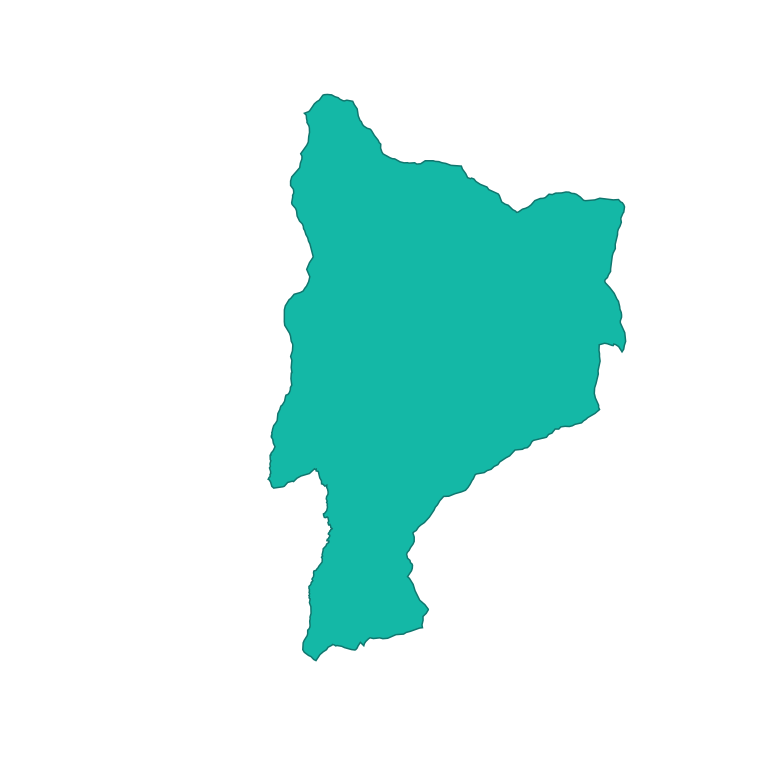 Grinties, Neamt, Romania (orthographic projection), rotated 29°
{"feature_id": "2599482B9403430528058", "entity_name": "Grinties", "entity_type": "district", "adm_level": 2, "iso_a3": "ROU", "parent_name": "Romania", "parent_adm1": "Neamt", "projection": "orthographic", "projection_center": [25.842, 47.011], "detail": "fine", "context": "isolated", "style": "filled", "palette": "teal", "viewbox_px": 768, "rotation_deg": 29, "n_neighbors": 0, "source": "geoboundaries", "source_scale": "gbopen_adm2", "svg_char_len": 6170}
<svg xmlns="http://www.w3.org/2000/svg" viewBox="0 0 768 768"><g transform="rotate(29 384 384)"><path d="M535.8,578.5L534.0,576.3L532.7,571.7L530.8,568.4L532.1,564.0L532.2,560.0L531.9,559.5L526.8,557.2L520.1,555.8L511.3,549.7L506.6,545.1L500.5,541.7L498.0,541.1L498.6,534.0L498.1,531.5L496.8,528.7L495.7,527.8L493.8,527.4L492.2,525.7L489.1,525.0L486.3,521.9L486.0,520.0L486.6,517.3L486.5,514.2L487.0,509.8L486.7,507.0L484.6,503.2L481.5,500.3L481.7,499.2L483.2,496.4L483.5,492.5L484.4,489.8L486.5,485.6L488.2,478.4L488.9,470.1L488.6,466.9L489.3,463.8L489.4,459.0L490.7,453.4L495.1,450.7L499.3,445.5L504.1,440.7L506.8,437.4L507.6,433.8L507.9,430.0L507.8,425.3L508.1,423.7L507.7,419.3L508.4,417.9L514.6,412.9L516.2,409.7L519.0,406.7L520.3,402.7L522.7,399.3L523.0,396.1L526.4,389.5L528.7,386.0L530.6,378.2L536.7,374.0L537.9,372.0L540.3,370.1L541.3,366.9L541.3,362.7L542.1,360.8L551.9,351.8L552.4,348.3L554.7,345.5L555.5,340.4L558.7,338.7L559.4,335.9L560.2,335.2L562.9,333.2L566.8,331.3L569.0,329.2L570.6,326.7L575.6,322.2L576.4,319.4L577.7,317.1L578.5,314.6L582.8,307.4L584.9,301.8L583.0,300.4L582.0,298.5L575.7,293.8L572.5,290.3L570.1,285.3L569.2,280.8L566.6,271.4L564.8,268.7L561.9,259.2L559.1,255.4L557.8,253.0L555.8,250.5L553.2,245.3L557.2,241.4L559.8,240.5L564.8,239.7L565.9,239.2L565.6,237.7L567.6,237.2L571.1,237.5L576.6,240.5L576.8,237.4L575.5,233.7L574.7,229.6L569.7,222.4L561.1,216.0L560.1,214.3L559.4,210.4L558.3,208.4L556.8,206.4L554.1,204.2L552.5,201.9L548.9,198.0L546.5,196.8L541.4,193.1L534.7,190.2L528.6,188.2L527.1,187.0L526.9,185.3L527.8,182.5L527.4,179.8L527.6,175.7L526.4,173.5L521.6,161.4L520.9,158.5L520.7,153.5L518.5,149.7L515.9,140.3L514.5,137.6L513.9,135.1L513.9,131.6L513.2,127.5L511.2,125.0L510.7,123.8L510.2,118.8L510.4,117.5L508.5,112.5L506.8,111.0L504.5,109.9L502.6,110.0L499.7,109.0L495.3,111.8L482.7,116.9L479.1,120.8L471.5,125.9L469.5,126.6L465.1,125.3L460.4,124.8L458.1,125.2L455.7,126.3L452.8,126.5L450.0,127.9L446.7,130.8L441.5,133.9L439.4,136.7L436.3,138.0L434.7,142.8L433.2,144.4L430.7,146.0L427.0,150.5L425.8,156.1L424.5,159.1L422.6,161.7L420.3,164.0L418.1,168.5L416.8,169.6L415.2,169.0L412.1,169.1L406.0,167.4L402.7,168.0L398.7,167.7L393.4,163.2L391.8,162.4L381.4,163.2L378.6,161.8L371.3,162.7L366.2,162.3L363.3,161.1L360.7,161.5L360.1,162.5L357.1,163.0L353.5,160.4L348.4,158.0L346.0,155.9L336.5,160.3L331.2,161.1L327.4,162.4L324.2,162.9L321.0,164.4L318.8,164.9L311.8,168.8L309.3,173.6L306.0,175.8L303.6,175.6L298.8,178.7L297.2,179.1L294.4,180.8L290.5,181.9L284.3,181.9L282.0,182.9L279.5,183.2L271.7,183.2L269.8,182.2L266.7,179.4L264.9,175.8L262.8,175.2L260.8,173.7L255.1,171.3L249.8,168.2L248.2,167.8L245.3,168.5L241.4,168.2L239.3,167.4L236.9,165.5L235.3,165.1L231.5,162.0L227.2,156.4L222.6,154.1L219.6,151.9L213.9,153.8L212.1,155.6L210.8,156.1L207.4,156.3L205.1,155.8L201.9,156.5L198.1,156.5L194.1,158.2L191.4,160.0L190.5,161.1L189.8,167.1L188.4,169.6L187.3,172.6L186.5,181.3L185.8,182.6L183.1,185.8L185.7,186.6L187.6,189.5L189.2,191.3L189.8,192.6L193.1,194.6L194.5,196.1L196.9,200.1L198.2,204.1L200.5,209.2L200.7,212.7L199.5,223.0L201.8,224.5L203.1,227.0L203.8,231.4L205.4,235.7L202.9,247.5L203.9,251.8L206.1,255.7L210.2,257.5L211.4,259.0L212.5,260.9L212.6,263.3L213.5,264.8L215.4,270.3L216.6,271.5L221.5,273.3L223.5,274.9L226.6,279.2L231.1,282.4L234.8,283.5L236.7,284.9L238.4,287.2L240.3,288.3L243.3,291.2L246.4,293.1L248.7,295.6L251.3,297.4L260.2,306.8L260.5,307.8L260.0,314.0L260.8,321.2L267.1,326.1L268.5,331.0L268.8,335.9L268.3,338.7L268.2,341.8L266.5,344.5L261.9,349.1L260.9,354.5L260.1,356.2L259.8,363.5L260.9,367.4L266.6,377.8L268.7,380.8L276.8,385.4L278.9,387.3L282.1,391.5L284.6,393.2L285.6,394.6L287.9,399.5L289.0,405.2L291.9,407.9L294.8,414.5L298.0,418.7L297.6,419.3L300.0,424.4L303.9,429.7L303.8,432.3L305.0,434.9L305.4,437.7L305.0,439.8L303.7,441.2L303.9,442.6L305.4,447.3L305.2,451.8L304.6,452.9L304.7,454.5L305.3,456.8L305.5,461.3L308.3,467.8L308.2,470.8L307.7,473.9L308.5,477.6L309.3,479.8L309.3,480.7L310.5,482.5L310.4,483.4L311.1,483.9L310.8,484.4L311.1,485.0L313.5,486.3L315.9,489.4L319.1,491.7L319.4,495.9L318.8,499.2L319.1,500.5L319.5,500.9L318.9,501.5L321.2,505.3L322.2,505.9L323.0,509.2L324.6,511.2L324.5,512.9L327.1,515.3L328.3,517.3L328.1,518.2L329.3,520.3L328.8,521.3L328.9,523.5L330.0,523.4L332.3,524.7L335.5,527.9L338.0,528.5L345.4,522.9L346.4,521.7L347.5,516.8L350.9,513.5L352.2,513.2L353.6,508.5L356.0,504.7L362.2,498.4L364.3,491.9L365.3,492.1L366.0,491.3L366.8,492.9L368.9,492.3L373.3,497.2L376.2,499.0L377.8,501.6L379.3,501.3L381.9,502.0L383.0,500.2L384.1,502.4L385.4,503.1L387.4,505.4L388.5,507.6L388.4,510.3L389.2,512.5L391.2,514.0L391.1,515.3L392.7,516.3L393.0,517.5L394.3,519.1L395.3,522.6L394.7,526.1L394.0,526.9L394.7,528.0L396.5,529.6L397.9,529.1L398.6,527.9L399.6,527.9L402.2,530.8L402.1,532.3L403.7,533.9L404.3,534.1L404.8,533.1L406.2,534.1L406.9,535.2L408.8,535.6L408.7,536.4L408.0,536.9L408.3,538.4L407.8,538.9L408.1,539.6L407.8,541.5L408.0,542.2L409.9,542.6L410.4,543.8L410.2,545.3L410.4,546.2L409.7,547.3L410.0,548.7L412.0,548.1L412.5,549.5L411.4,551.9L411.8,553.4L410.7,557.6L411.5,559.3L412.7,563.5L413.7,564.2L413.3,565.8L414.7,566.7L416.2,569.7L415.3,575.3L415.5,576.4L415.0,578.0L415.0,579.6L413.3,581.7L414.0,583.5L414.9,584.5L415.8,586.9L415.5,589.0L415.8,589.8L417.1,590.5L417.1,591.7L416.7,592.1L416.6,593.0L417.1,594.1L417.1,595.6L416.5,597.4L417.5,599.2L418.7,600.2L419.0,601.4L419.5,601.8L419.6,602.8L420.5,603.3L421.1,605.0L420.9,605.4L422.0,606.2L422.0,607.0L422.7,607.7L423.6,607.8L424.8,611.4L428.0,614.2L431.4,620.0L432.3,623.8L433.2,625.0L434.0,627.4L436.5,631.2L437.1,632.9L437.1,634.6L436.6,636.3L438.4,639.6L438.8,641.3L438.5,647.0L438.8,649.6L441.8,655.8L444.4,657.3L449.6,658.0L452.3,657.8L456.1,659.0L458.6,658.9L459.2,651.6L460.7,647.6L462.5,644.3L462.7,641.3L465.1,637.7L465.3,636.7L467.2,636.3L468.7,636.5L469.7,635.5L474.2,633.9L477.2,633.7L484.4,632.0L487.6,630.7L488.1,629.9L488.5,628.1L488.3,625.5L488.6,621.4L493.2,622.7L492.7,620.5L492.9,618.0L494.0,614.3L494.8,612.7L498.1,611.8L503.3,608.1L506.5,607.3L510.5,604.6L516.0,597.4L522.4,593.2L523.9,590.5L527.0,587.5L533.4,580.2L535.8,578.5Z" fill="#14b8a6" stroke="#0f766e" stroke-width="1.5"/></g></svg>